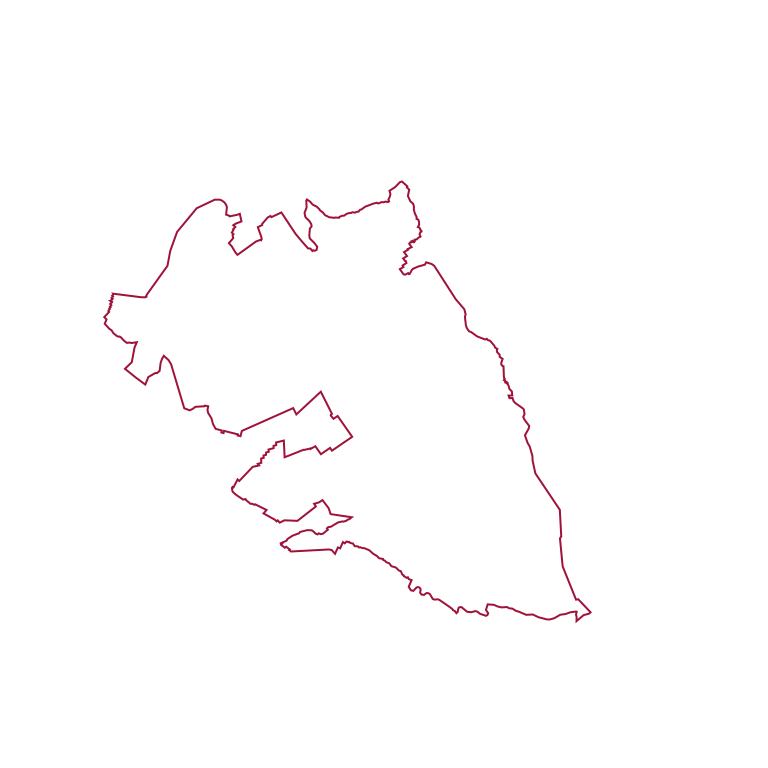 Tepeaca, Puebla, Mexico, rotated 115°
{"feature_id": "50627088B65762611280568", "entity_name": "Tepeaca", "entity_type": "district", "adm_level": 2, "iso_a3": "MEX", "parent_name": "Mexico", "parent_adm1": "Puebla", "projection": "robinson", "projection_center": [-97.879, 19.018], "detail": "fine", "context": "isolated", "style": "outline", "palette": "rose", "viewbox_px": 768, "rotation_deg": 115, "n_neighbors": 0, "source": "geoboundaries", "source_scale": "gbopen_adm2", "svg_char_len": 6166}
<svg xmlns="http://www.w3.org/2000/svg" viewBox="0 0 768 768"><g transform="rotate(115 384 384)"><path d="M488.0,525.9L492.7,521.9L495.8,517.6L494.7,511.4L496.7,510.9L496.3,508.7L494.1,509.2L491.4,495.1L492.5,494.9L491.9,492.0L486.6,493.0L444.2,456.1L448.6,450.6L417.7,438.0L433.1,418.5L434.5,419.1L435.1,418.9L436.9,415.1L432.6,412.5L445.3,390.5L466.4,403.0L464.7,405.9L474.3,411.5L469.4,419.9L473.7,423.0L473.3,423.2L477.5,428.5L477.6,429.1L492.4,443.1L477.6,450.9L482.6,457.1L485.0,455.9L486.7,458.0L488.8,456.9L492.2,461.0L494.2,459.8L495.9,461.9L498.1,461.0L499.7,463.0L501.8,461.8L503.4,463.9L507.3,461.9L509.7,464.6L510.6,462.8L514.6,468.0L533.1,474.2L532.4,476.4L541.3,476.7L541.2,477.7L542.4,477.9L544.8,476.4L545.8,475.2L547.0,471.0L548.3,462.8L546.8,460.9L547.3,460.5L549.0,454.4L548.3,452.9L548.2,450.3L547.5,450.0L547.8,437.2L552.2,438.5L553.1,425.7L553.9,423.3L552.5,422.7L553.7,419.9L549.6,416.6L544.6,404.6L523.8,394.0L522.1,396.7L518.8,392.9L515.2,390.7L520.0,381.6L524.5,377.4L518.4,356.9L521.2,358.3L522.3,359.7L523.7,360.2L525.9,362.6L526.1,363.6L528.8,367.1L535.8,371.8L537.3,374.1L539.0,374.7L539.8,373.3L545.5,376.1L546.8,377.8L546.9,380.0L548.4,380.6L548.5,382.6L547.2,386.7L547.3,388.1L548.9,391.8L553.6,397.6L555.1,397.8L560.0,402.7L565.1,405.9L567.2,406.1L572.7,410.9L571.1,408.7L573.3,409.2L574.3,404.7L572.8,403.9L573.8,399.4L574.6,399.7L575.1,397.5L557.3,364.1L556.6,361.3L558.6,356.6L551.6,356.7L551.5,354.3L544.6,354.4L545.0,352.2L542.8,351.5L542.4,351.0L542.4,349.4L541.8,348.9L542.3,347.3L541.7,344.8L543.3,342.0L542.2,338.9L542.7,337.6L542.0,336.5L541.8,334.2L541.1,332.5L540.9,327.0L542.4,322.1L542.9,317.5L544.0,314.9L543.0,310.9L543.9,310.2L543.7,308.7L544.5,306.8L544.3,303.4L546.0,300.3L545.3,295.7L546.8,291.5L546.5,289.7L548.9,286.9L549.2,285.1L549.7,284.9L550.1,281.5L549.1,280.7L550.4,279.0L550.1,276.1L557.4,275.9L559.6,272.4L559.1,270.0L554.6,268.5L553.7,267.4L553.5,265.9L554.3,264.3L555.3,263.7L557.7,263.2L559.0,261.1L558.2,258.6L555.5,257.1L554.8,255.2L555.1,253.5L558.2,249.0L558.1,247.2L556.5,244.4L556.2,243.0L558.4,229.9L559.0,227.1L559.8,225.9L559.8,223.9L561.1,221.5L559.4,220.9L555.7,221.8L554.9,221.6L553.7,220.2L553.5,219.4L555.3,212.4L553.9,208.4L551.2,205.2L550.9,203.1L551.7,199.8L551.0,193.6L549.6,192.6L547.7,192.7L545.7,196.1L539.9,196.9L537.7,191.1L537.6,186.7L536.8,183.1L534.1,178.1L534.4,175.9L533.3,172.6L533.9,168.2L533.4,166.3L533.1,157.6L530.0,151.7L530.1,145.5L528.5,136.9L527.4,134.3L524.3,130.7L518.6,126.7L515.8,122.3L512.1,118.6L509.0,113.7L509.0,113.1L511.9,112.5L513.7,111.0L517.5,109.3L509.1,105.4L505.5,101.1L503.6,100.3L497.0,117.0L498.3,118.8L473.8,145.0L449.5,159.3L447.3,158.9L423.7,171.5L401.0,209.1L390.4,217.1L386.6,219.0L379.1,225.5L376.6,229.1L370.9,234.6L363.4,234.0L360.7,234.6L356.9,241.7L355.0,243.9L351.9,243.9L348.0,246.5L347.4,247.9L345.8,256.9L344.8,259.3L342.4,261.6L343.8,264.3L341.8,266.2L340.2,262.9L336.7,265.0L335.5,268.2L332.7,270.6L331.5,272.8L330.9,272.4L330.3,273.7L331.4,274.3L331.4,274.8L329.9,275.6L329.8,276.9L328.4,276.7L328.4,277.3L326.2,278.7L317.4,283.2L317.6,284.2L316.7,286.0L315.0,286.7L311.1,287.1L310.6,290.5L308.6,291.6L307.4,294.8L305.8,296.0L304.3,296.1L304.1,298.6L302.6,300.3L300.0,306.1L300.3,308.4L299.6,309.9L300.9,311.1L301.5,319.6L300.1,327.1L300.3,329.1L299.7,330.3L298.1,332.8L296.0,334.7L289.0,339.0L286.3,339.5L282.3,342.8L276.8,354.9L255.6,388.5L255.1,391.6L255.9,397.2L258.6,397.4L263.3,402.9L267.5,406.5L269.1,407.0L273.3,407.2L273.9,407.9L273.3,409.0L275.9,410.9L276.3,412.7L273.2,418.2L269.8,415.8L268.7,417.2L264.9,414.8L263.4,416.1L263.6,416.9L262.1,419.7L258.3,417.2L256.0,421.6L252.2,419.0L251.8,419.6L248.3,416.8L246.3,420.4L244.9,420.3L243.9,418.9L242.7,418.2L242.6,419.0L242.1,418.6L243.0,417.0L242.7,416.6L241.6,416.4L240.3,417.2L238.9,415.3L237.1,414.8L235.0,413.2L233.2,415.1L231.0,415.2L230.0,414.4L229.5,414.6L228.8,416.4L227.9,416.9L227.2,418.8L227.4,419.6L225.0,419.4L222.2,420.8L220.5,422.5L220.6,424.3L218.9,425.0L216.3,428.2L213.4,430.6L210.3,432.0L208.3,433.8L207.3,437.3L203.5,441.8L197.2,443.3L196.1,446.4L195.0,446.4L192.9,453.3L194.4,454.9L200.8,457.1L206.6,460.7L209.1,458.5L211.7,457.9L215.2,457.9L216.2,456.6L217.5,457.3L218.0,459.6L219.6,461.4L220.2,463.1L222.5,465.1L222.9,466.1L222.7,467.0L224.9,469.8L231.4,476.1L235.3,478.2L236.4,479.4L238.5,479.9L239.9,482.0L240.9,482.6L241.8,485.4L242.6,485.8L244.4,488.6L245.9,490.0L248.2,491.2L249.3,493.1L251.4,495.0L252.3,495.0L253.9,498.9L254.8,499.9L255.0,501.3L256.0,503.8L255.9,508.7L254.4,511.8L253.6,515.6L252.9,516.4L251.7,520.0L251.6,524.4L250.0,527.9L249.3,531.8L250.5,532.0L256.8,528.7L262.2,528.4L263.1,527.9L265.6,526.1L266.3,525.0L267.8,520.5L269.9,517.4L271.9,516.2L274.4,516.9L281.1,514.4L283.4,512.8L285.8,506.3L287.9,502.5L291.1,501.8L292.6,503.2L292.7,504.6L293.7,505.1L292.4,507.9L293.2,510.2L289.1,519.5L285.3,527.6L271.9,549.5L280.3,556.5L279.7,557.9L282.3,559.8L290.4,562.1L291.4,561.6L295.2,564.6L302.6,557.3L304.5,556.0L305.2,556.1L305.0,556.3L308.9,560.2L328.9,571.4L327.8,573.9L323.6,580.1L321.9,584.1L315.5,582.3L313.1,584.2L311.8,583.8L311.1,585.9L307.9,585.5L307.5,586.2L304.5,585.1L303.8,587.7L301.4,586.2L296.9,581.9L290.7,586.6L292.9,588.8L297.3,594.8L296.9,595.4L297.2,598.7L290.1,601.1L288.3,602.8L286.8,605.6L286.2,608.7L286.4,610.8L288.5,615.3L303.8,628.0L333.6,635.8L353.6,634.0L368.4,630.2L401.0,636.3L404.1,636.8L405.2,636.2L405.5,636.8L406.2,636.8L407.9,640.5L416.6,667.6L416.9,667.1L418.8,667.7L419.2,666.6L421.1,667.3L421.5,665.9L423.5,666.8L423.9,666.1L424.4,667.1L425.1,665.1L427.2,666.0L427.8,664.4L429.7,665.1L430.0,664.3L431.9,664.9L432.2,664.2L434.3,664.7L434.8,663.6L441.6,665.8L442.8,662.7L447.4,662.6L450.1,656.2L450.4,653.7L452.2,650.9L453.4,646.6L453.3,644.5L452.7,643.7L453.0,641.9L454.7,637.8L455.4,634.4L453.9,632.0L453.6,630.2L450.6,625.7L456.4,625.5L470.8,621.8L479.7,625.2L483.0,611.9L485.4,600.1L477.2,600.5L471.5,596.5L470.4,595.5L470.2,594.4L467.0,592.9L459.5,595.3L455.3,595.8L451.5,595.5L453.4,589.3L456.2,585.2L490.4,554.8L490.0,549.0L487.3,546.8L484.4,545.3L480.1,537.4L479.3,537.2L478.5,533.9L482.1,533.0L484.5,531.2L488.0,525.9Z" fill="none" stroke="#9f1239" stroke-width="2"/></g></svg>